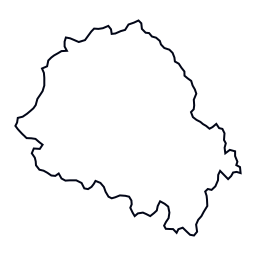 Cristinápolis, Sergipe, Brazil (Robinson projection)
{"feature_id": "56859067B95564871325424", "entity_name": "Cristinápolis", "entity_type": "district", "adm_level": 2, "iso_a3": "BRA", "parent_name": "Brazil", "parent_adm1": "Sergipe", "projection": "robinson", "projection_center": [-37.728, -11.484], "detail": "fine", "context": "isolated", "style": "outline", "palette": "ink", "viewbox_px": 256, "rotation_deg": 0, "n_neighbors": 0, "source": "geoboundaries", "source_scale": "gbopen_adm2", "svg_char_len": 2153}
<svg xmlns="http://www.w3.org/2000/svg" viewBox="0 0 256 256"><path d="M216.3,123.9L212.5,127.1L209.5,128.7L206.1,125.9L203.0,124.1L200.4,121.9L196.5,119.9L192.9,117.1L191.0,112.1L193.7,109.3L194.2,105.4L193.8,99.7L196.3,93.7L194.9,89.5L192.6,85.5L191.2,80.9L187.6,78.3L184.5,75.7L184.4,71.5L181.4,67.7L178.8,63.7L174.9,61.5L174.4,57.5L172.6,52.9L169.4,49.7L164.3,48.0L161.0,44.5L159.8,40.9L156.1,37.7L151.9,36.5L149.1,33.1L145.6,32.7L141.9,28.9L141.3,23.3L138.5,20.5L134.0,22.6L128.5,24.5L125.1,29.9L120.8,31.1L115.3,33.5L111.7,33.9L111.0,29.3L108.3,25.9L102.9,28.2L98.5,28.9L94.1,28.6L91.3,31.5L88.5,35.3L85.0,40.1L78.7,42.0L73.9,39.9L70.1,38.3L65.9,37.5L64.6,41.6L64.6,46.5L66.9,50.8L61.5,51.1L58.2,53.1L54.1,55.4L51.3,57.5L48.3,60.5L47.1,66.3L42.0,68.5L43.9,72.9L44.3,77.7L44.3,81.5L44.3,85.5L42.6,91.1L40.4,94.5L37.4,98.9L35.7,105.1L33.4,108.3L30.9,110.5L27.1,113.7L22.7,116.7L17.8,117.9L17.1,122.5L15.4,125.9L18.0,129.4L22.0,133.7L26.6,138.1L31.3,138.3L35.5,138.9L39.2,142.1L42.6,144.7L39.8,148.9L33.8,148.5L31.8,153.3L34.8,157.7L35.7,161.3L36.0,165.3L39.4,169.7L43.6,170.7L47.4,172.8L51.3,175.5L55.3,175.9L58.7,173.5L61.5,178.5L65.4,180.6L70.3,180.3L76.2,180.3L81.6,183.0L84.3,188.4L88.0,189.1L91.5,186.9L93.8,183.9L95.5,180.9L100.4,182.9L103.9,187.0L105.6,191.8L108.5,196.7L111.7,198.3L115.2,197.3L119.9,195.4L125.3,195.8L129.1,196.7L131.4,200.5L131.7,204.3L130.3,207.8L132.6,212.6L134.7,216.1L137.9,213.4L142.9,212.6L146.1,214.0L150.2,216.1L154.0,213.1L156.8,210.5L157.7,206.1L160.1,201.3L164.7,203.8L168.2,206.6L169.4,212.6L168.6,218.1L165.9,222.1L164.1,225.7L165.8,228.8L169.6,229.0L173.1,229.1L176.6,232.8L178.4,229.2L182.7,227.7L186.6,231.5L190.1,234.8L194.0,235.5L197.1,231.7L196.1,224.6L198.2,219.8L201.4,216.2L203.8,211.7L207.3,206.0L207.0,199.5L206.6,195.8L205.2,191.5L207.8,189.0L211.6,189.9L215.4,186.3L218.0,180.2L218.2,174.9L220.1,170.9L224.4,175.3L228.1,179.1L231.2,176.0L233.1,172.5L236.6,171.9L240.6,173.1L240.0,167.1L236.3,165.1L237.4,161.7L235.1,156.1L235.1,151.3L229.8,149.9L225.3,153.3L224.6,147.7L225.8,143.3L224.0,140.0L224.5,133.3L222.4,128.9L219.1,128.1L216.3,123.9Z" fill="none" stroke="#020617" stroke-width="2"/></svg>